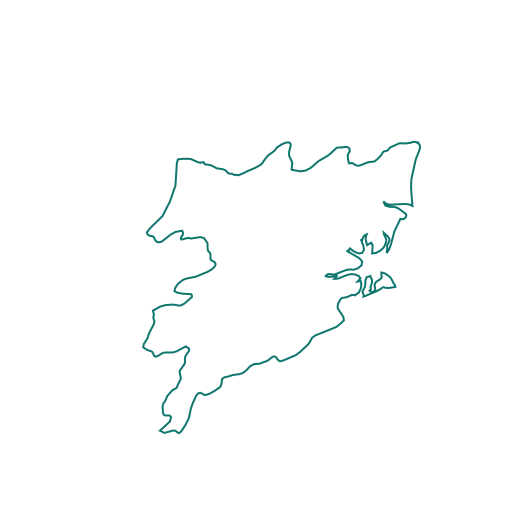 an SVG outline of Littoral, rotated 223°
{"feature_id": "CMR-1476", "entity_name": "Littoral", "entity_type": "Province", "adm_level": 1, "iso_a3": "CMR", "parent_name": "Cameroon", "parent_adm1": "", "projection": "equal_earth", "projection_center": [10.043, 4.313], "detail": "fine", "context": "isolated", "style": "outline", "palette": "teal", "viewbox_px": 512, "rotation_deg": 223, "n_neighbors": 0, "source": "natural_earth", "source_scale": "10m", "svg_char_len": 5903}
<svg xmlns="http://www.w3.org/2000/svg" viewBox="0 0 512 512"><g transform="rotate(223 256 256)"><path d="M215.2,449.3L215.2,448.8L213.0,449.1L211.6,448.6L210.4,447.6L209.5,446.3L208.6,444.6L205.0,435.5L194.8,418.2L189.0,411.5L175.7,399.3L178.7,398.4L182.1,396.1L193.4,384.5L196.4,383.0L200.1,382.8L195.7,381.1L191.8,383.1L188.3,386.3L184.6,387.9L175.2,389.0L173.5,388.0L172.8,385.6L173.5,383.1L175.7,381.6L171.6,368.5L165.1,356.3L163.2,351.6L162.4,347.3L165.9,351.8L166.7,352.4L167.3,353.2L168.5,357.2L169.1,358.7L170.8,359.8L173.2,360.2L178.5,360.1L177.1,359.1L172.8,357.4L171.4,356.4L170.9,355.6L170.5,354.7L169.5,353.0L168.4,349.2L168.8,344.4L170.4,340.0L172.8,337.1L178.0,343.4L180.8,344.3L182.2,339.7L186.9,342.8L188.6,344.6L189.8,347.3L190.6,345.3L190.6,343.4L189.9,341.5L188.9,339.7L189.3,339.6L190.8,339.7L184.3,336.6L181.3,334.2L180.4,330.8L182.2,328.3L185.7,326.6L189.6,325.8L192.5,325.7L192.5,324.9L192.3,324.3L191.6,323.2L192.0,322.9L192.3,322.9L192.5,322.7L192.5,321.8L178.8,324.9L174.6,324.4L172.5,321.2L173.1,316.5L175.4,312.3L178.0,310.4L180.3,307.6L186.2,295.5L190.3,292.7L190.9,291.7L191.5,289.9L191.1,288.8L188.9,290.1L186.3,292.6L185.1,294.3L184.1,296.5L183.2,296.5L183.2,292.7L180.7,295.2L176.3,304.4L173.8,308.0L170.8,310.1L167.1,311.5L164.3,310.8L164.3,306.6L162.5,309.1L159.8,307.3L157.3,303.9L155.9,299.6L156.7,295.2L156.6,294.9L157.4,294.6L158.4,293.9L159.6,292.4L161.1,288.7L162.1,286.9L163.9,284.7L164.7,283.3L164.6,281.3L163.4,277.1L162.3,275.2L160.4,273.4L150.7,271.1L147.8,268.8L148.1,264.1L148.9,258.8L158.4,238.4L159.2,234.5L157.9,229.4L157.6,226.7L158.3,216.1L159.2,210.9L163.7,200.5L165.8,196.4L166.9,195.2L170.1,195.0L171.8,195.6L173.0,195.5L174.3,194.9L175.2,193.3L176.2,187.1L180.0,179.6L183.7,175.6L185.1,171.3L185.1,166.4L185.3,164.4L185.9,161.5L187.3,158.6L191.8,153.1L194.3,148.6L195.7,146.8L196.6,145.0L196.9,142.9L193.8,138.5L192.9,136.0L193.3,133.4L194.4,128.8L196.2,123.1L198.5,119.4L203.3,118.1L204.7,115.9L204.3,112.5L201.6,104.6L199.7,100.2L194.5,91.6L192.3,84.1L191.2,77.2L191.1,75.4L191.7,73.8L192.9,73.4L194.3,73.4L196.0,73.1L197.6,71.8L202.4,64.1L207.1,62.7L206.1,76.3L208.3,80.3L209.8,80.5L211.2,79.8L212.5,78.5L213.9,77.3L215.4,77.0L217.2,78.0L221.7,82.3L222.7,83.9L223.2,85.3L223.6,88.3L225.4,93.1L225.6,100.7L224.2,105.0L224.3,105.8L224.6,106.7L225.6,109.1L226.5,112.6L227.1,114.2L227.7,115.4L232.9,119.2L233.4,120.2L233.8,121.7L234.3,126.5L234.8,128.6L234.9,129.0L235.6,130.1L236.8,131.3L237.4,131.8L239.3,134.5L240.2,140.4L241.3,142.3L242.0,142.5L242.5,142.5L242.9,142.5L243.8,142.3L244.3,142.1L245.7,142.0L249.1,132.1L250.1,130.4L250.8,129.0L255.9,124.2L257.8,122.1L258.7,119.5L259.3,117.0L260.6,114.0L262.0,113.6L263.6,114.0L265.1,114.7L266.6,115.1L268.0,114.7L271.0,113.3L272.6,112.9L276.3,112.3L278.1,115.3L279.2,121.8L280.8,124.9L282.0,128.3L284.4,137.0L286.0,139.2L289.1,140.8L290.3,142.9L291.5,144.2L294.1,145.7L291.5,153.9L288.6,158.5L283.9,163.6L278.3,167.4L277.1,168.9L275.9,172.4L274.9,182.3L275.9,183.4L277.3,183.9L284.0,178.4L288.6,175.5L291.7,174.7L293.2,177.4L293.8,180.0L294.0,182.4L293.8,184.7L293.3,187.8L292.7,189.7L291.8,191.6L285.8,200.0L280.5,211.7L279.5,215.1L279.0,218.0L279.1,219.8L279.2,220.9L279.5,221.6L280.1,222.5L281.3,223.2L282.8,223.2L284.4,222.7L285.9,222.3L287.4,222.9L290.0,225.8L291.4,226.8L292.5,226.9L293.9,227.0L294.9,227.3L296.3,228.3L297.7,229.6L298.9,231.0L300.5,232.5L306.1,233.6L307.8,232.9L309.8,231.7L315.3,224.6L317.5,223.3L319.3,221.2L319.8,220.2L320.6,218.7L322.0,217.1L323.1,217.7L323.6,219.1L323.9,221.3L324.9,222.9L327.2,224.2L331.3,218.7L332.9,214.0L334.4,204.4L335.0,201.6L336.3,199.9L337.8,198.8L339.6,198.7L341.3,199.1L342.8,199.9L344.3,200.2L345.4,199.7L348.0,198.1L349.4,197.9L350.7,198.0L351.9,199.0L352.4,204.2L351.6,221.5L356.1,237.1L362.9,252.5L377.1,269.8L377.7,270.9L379.0,273.4L375.7,277.3L371.5,281.2L370.3,282.1L369.2,282.7L361.9,285.2L360.1,286.5L358.4,288.9L356.1,288.2L350.7,291.7L344.4,293.4L339.5,296.8L336.7,297.9L333.5,297.6L332.0,297.9L331.0,298.5L330.3,299.2L329.4,299.9L327.9,300.2L327.0,300.6L325.2,302.4L324.1,302.8L322.9,305.2L321.4,308.6L320.1,312.3L316.9,319.4L315.6,323.2L314.7,326.5L314.8,328.8L315.6,333.7L315.7,336.2L315.7,337.9L314.3,345.0L314.7,349.9L313.2,355.5L312.2,357.8L311.1,359.8L309.6,361.3L308.2,361.9L306.7,361.2L305.4,359.6L303.1,355.2L301.5,353.2L299.6,351.6L295.0,349.9L293.7,349.3L292.8,348.5L291.5,347.0L290.5,345.6L288.7,343.4L281.1,348.3L277.9,352.5L276.3,357.0L275.9,359.2L275.0,367.9L272.0,378.1L271.4,381.2L270.8,389.9L270.3,390.8L269.9,391.4L269.4,391.9L268.2,392.9L264.7,397.0L264.0,397.6L263.1,398.1L262.7,398.2L262.1,398.3L261.7,398.3L261.0,398.2L260.4,397.8L259.8,397.5L258.9,396.5L258.0,392.8L255.7,390.4L253.1,388.3L251.1,387.2L250.8,387.5L250.5,387.7L249.7,389.0L249.3,389.4L248.9,389.5L248.3,389.8L245.2,390.4L244.4,390.7L243.5,391.2L243.0,391.6L242.6,392.0L241.7,393.2L241.0,394.5L240.5,395.6L240.0,396.9L238.0,400.8L237.0,402.3L234.6,404.9L234.1,405.5L233.8,406.2L233.3,409.3L233.2,413.1L233.3,415.4L233.9,418.0L233.9,418.6L233.9,419.2L233.6,419.9L233.2,420.6L232.0,422.4L231.8,422.9L231.7,423.7L231.9,425.6L231.9,426.5L231.7,427.1L231.6,427.6L228.3,435.5L227.8,436.4L226.9,437.3L223.4,440.3L221.9,442.0L220.5,443.8L219.2,446.0L218.4,447.1L217.5,447.9L215.2,449.3L215.2,449.3ZM149.7,299.6L150.3,300.7L151.4,301.3L152.6,301.7L154.0,302.8L154.1,303.7L155.5,308.1L157.1,310.3L159.4,312.8L160.6,315.9L158.7,319.4L156.7,318.3L155.7,318.0L154.8,317.5L153.0,315.6L151.2,311.7L150.4,310.9L149.8,310.5L149.4,309.7L149.3,308.0L147.6,308.3L146.4,309.0L145.7,310.3L145.5,312.4L149.2,315.4L150.2,316.9L150.5,319.0L150.1,320.7L149.6,322.4L149.3,325.1L149.7,326.5L151.9,328.1L153.0,329.5L151.2,330.6L149.0,331.4L144.1,332.0L141.5,331.6L136.8,329.9L134.6,329.5L133.0,328.4L137.5,322.7L140.0,320.8L141.3,320.3L141.8,319.7L142.0,318.9L142.3,317.1L143.8,312.5L149.2,300.4L149.7,299.6Z" fill="none" stroke="#0f766e" stroke-width="2"/></g></svg>